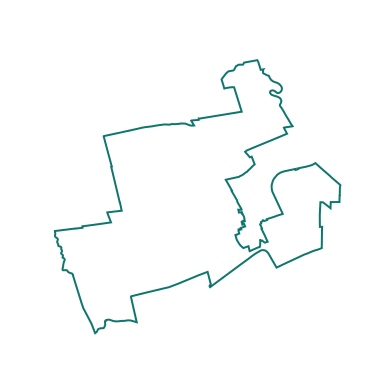 Surdila-Greci, Braila, Romania, rotated 75°
{"feature_id": "2599482B86930693548610", "entity_name": "Surdila-Greci", "entity_type": "district", "adm_level": 2, "iso_a3": "ROU", "parent_name": "Romania", "parent_adm1": "Braila", "projection": "orthographic", "projection_center": [27.256, 45.061], "detail": "fine", "context": "isolated", "style": "outline", "palette": "teal", "viewbox_px": 384, "rotation_deg": 75, "n_neighbors": 0, "source": "geoboundaries", "source_scale": "gbopen_adm2", "svg_char_len": 5901}
<svg xmlns="http://www.w3.org/2000/svg" viewBox="0 0 384 384"><g transform="rotate(75 192 192)"><path d="M303.3,322.1L302.9,321.1L302.3,320.1L301.6,319.4L300.4,318.4L300.0,317.2L300.0,315.6L300.6,312.8L300.4,312.3L300.1,311.9L298.2,310.4L297.5,310.1L296.9,310.0L296.0,309.8L295.0,309.7L294.3,309.4L294.3,308.7L293.6,308.5L293.5,307.9L293.6,306.3L293.8,305.4L294.1,304.6L296.1,301.7L296.6,300.6L297.3,299.0L297.8,296.7L298.5,292.3L298.9,291.1L299.1,290.2L299.1,288.7L299.3,288.1L299.5,286.8L299.8,285.6L300.3,284.5L300.7,283.7L302.0,281.5L303.4,279.3L303.5,279.1L303.1,279.1L297.5,278.9L289.8,278.6L277.4,278.1L277.0,277.7L277.3,263.1L277.8,244.4L278.0,239.0L276.8,227.1L276.6,226.1L274.1,206.8L273.2,197.6L284.6,197.7L285.6,197.6L286.4,198.3L287.0,199.1L287.4,199.4L287.6,199.4L287.9,199.4L288.6,199.2L288.4,198.6L284.5,188.8L275.1,165.0L271.0,154.4L269.3,150.3L268.1,147.2L266.8,142.4L266.4,141.0L266.3,140.3L266.3,139.7L266.4,138.9L266.5,138.5L267.0,137.2L267.5,136.4L268.0,135.9L268.9,135.2L269.4,134.9L270.2,134.5L270.5,134.3L271.0,134.1L271.6,134.0L272.1,133.8L273.0,133.6L282.4,131.1L286.9,129.9L286.8,129.3L284.9,119.1L283.9,113.3L282.7,106.5L281.5,99.8L281.4,98.7L281.3,96.9L281.2,96.3L280.3,89.7L280.2,84.7L280.1,84.3L279.8,81.2L262.8,76.4L259.3,75.3L258.8,77.5L247.5,74.6L235.1,70.6L235.9,68.1L243.5,62.4L237.6,60.6L239.9,52.2L233.5,50.3L233.5,50.0L233.1,50.0L232.8,50.0L232.6,49.9L226.4,48.1L223.7,46.9L218.7,50.3L213.4,53.9L212.8,54.2L212.3,54.5L212.0,54.7L209.6,56.3L206.4,58.5L204.8,59.6L203.2,60.6L201.6,61.7L199.9,62.8L196.7,64.9L196.0,65.3L196.7,67.7L196.9,68.8L197.1,70.8L197.1,72.7L197.1,74.7L196.6,83.8L197.4,83.7L197.5,86.3L196.5,86.2L196.0,95.6L195.9,98.3L196.0,99.7L196.2,101.5L196.3,102.0L197.3,105.0L200.2,109.2L202.1,111.0L205.7,113.1L207.1,113.6L208.3,113.9L211.0,114.3L213.2,114.2L215.3,113.8L236.7,110.0L236.8,110.3L236.7,111.2L236.9,115.6L237.2,119.1L237.6,126.7L238.5,126.7L238.7,129.9L238.4,130.2L237.7,130.7L238.3,131.5L238.6,132.1L238.7,132.8L238.8,133.1L239.9,133.0L240.4,133.5L240.8,134.6L245.4,133.8L245.6,134.4L253.2,132.9L257.1,132.3L259.6,131.8L259.8,134.4L259.7,134.8L259.5,135.0L256.9,137.0L257.2,138.1L255.3,138.6L257.1,138.8L261.0,139.9L262.7,140.9L262.5,141.2L263.1,145.5L264.1,151.6L262.0,151.6L259.0,151.5L259.4,156.9L257.4,158.3L255.4,159.4L253.9,159.9L253.3,160.1L250.3,161.0L247.9,161.2L246.7,161.2L244.8,161.2L244.8,159.8L244.7,159.8L244.4,157.1L241.8,157.2L241.5,156.8L240.3,156.8L240.3,156.7L240.2,156.6L240.1,155.1L240.9,155.0L240.9,154.1L239.4,154.2L239.0,149.6L236.3,150.0L236.6,151.8L234.3,151.8L234.3,151.3L233.5,151.5L233.2,150.2L234.0,150.1L233.8,148.5L232.6,148.6L232.0,148.4L230.0,148.2L228.2,148.4L227.4,148.7L225.9,149.0L225.8,148.9L225.7,149.0L225.7,149.5L225.2,149.5L225.2,149.1L224.3,149.1L224.0,152.0L221.1,151.8L222.0,148.7L221.9,148.6L221.1,148.7L213.4,150.8L211.9,150.6L201.2,153.5L201.1,153.0L194.6,154.7L189.8,156.0L188.9,156.2L189.5,142.6L189.4,142.3L189.1,141.6L188.7,139.1L188.3,138.1L186.7,134.0L186.7,133.5L186.5,133.1L186.0,132.6L183.8,128.5L183.7,128.4L182.8,126.9L181.6,124.5L181.5,124.3L173.3,125.2L173.5,127.1L166.9,130.3L166.0,128.0L164.7,118.3L164.1,113.7L161.4,92.9L160.3,85.1L159.9,85.2L156.1,86.1L153.7,86.6L153.6,86.2L154.5,78.6L154.5,77.8L152.5,78.6L145.2,80.6L143.8,81.1L137.2,82.8L134.1,83.7L132.2,84.5L131.3,84.7L130.5,84.5L130.3,84.3L128.8,82.9L127.2,82.1L125.4,82.3L124.1,82.7L123.4,83.3L122.3,84.6L121.4,85.8L120.3,87.7L119.4,89.0L118.4,90.2L117.5,90.6L116.2,91.0L114.7,90.0L114.6,88.5L114.7,87.7L115.3,86.6L116.9,85.2L118.2,84.2L118.7,83.6L118.8,83.0L118.6,81.3L117.6,79.6L116.1,78.6L115.0,78.3L113.4,78.3L111.3,79.2L109.7,80.3L108.5,81.6L107.8,82.8L106.4,84.8L104.3,86.5L101.9,87.4L99.8,87.6L99.2,88.4L98.8,89.2L98.4,89.7L97.7,90.3L97.1,91.0L96.4,91.8L95.8,92.4L95.7,92.5L95.3,92.5L94.9,92.4L94.2,92.3L93.2,91.9L92.4,91.6L92.2,91.4L92.0,91.2L91.8,94.0L86.3,94.2L83.2,94.4L81.6,94.8L80.5,108.2L80.9,108.5L82.0,109.5L82.2,110.0L82.0,110.5L81.1,114.1L81.8,116.3L81.8,116.8L82.6,117.6L84.9,119.7L85.2,120.4L85.3,120.9L84.9,125.2L85.1,126.1L86.3,128.4L90.8,134.3L91.7,134.3L95.6,134.1L100.4,134.0L100.4,132.4L100.5,131.0L100.7,129.5L100.8,128.1L100.9,127.5L101.1,126.7L101.2,125.9L101.4,125.2L101.7,124.3L102.0,124.3L102.1,124.2L127.3,123.2L125.1,145.3L123.0,166.1L123.1,166.3L122.9,166.5L124.1,166.9L123.4,170.6L122.8,173.9L122.9,174.3L128.3,172.8L128.2,173.3L128.1,173.9L127.6,175.8L127.4,176.2L126.9,177.0L124.4,180.5L124.2,180.8L122.9,185.1L123.0,185.6L122.3,189.8L121.6,192.4L121.4,193.1L121.2,193.9L121.1,195.3L121.2,195.8L121.0,196.4L120.9,197.1L120.5,198.4L120.4,198.5L119.6,201.2L119.1,204.9L118.5,210.1L118.4,211.2L118.3,213.0L117.8,216.7L117.4,219.2L117.0,223.2L117.0,223.6L116.6,233.9L115.8,250.6L115.2,262.6L115.2,262.8L115.3,262.9L143.9,262.9L146.2,262.9L146.7,262.8L146.7,263.5L183.4,264.5L183.5,264.3L191.9,264.8L190.8,272.0L189.8,279.1L191.1,279.1L200.4,278.1L199.1,288.9L196.8,306.8L198.2,307.0L197.3,313.4L197.3,313.5L197.2,313.5L197.0,314.7L194.3,333.9L194.2,334.5L194.6,334.6L195.2,334.7L196.4,334.7L197.1,334.9L198.8,335.7L199.3,335.7L199.7,335.7L200.5,335.3L201.7,334.3L202.3,333.9L203.0,333.8L203.3,333.9L204.0,334.3L204.9,335.0L205.7,335.2L206.7,335.0L207.5,334.9L207.9,334.8L208.1,334.8L208.6,335.0L209.1,335.0L209.4,335.0L209.7,334.9L210.0,334.4L210.6,333.4L211.5,332.6L212.4,332.7L213.1,333.1L213.6,333.1L214.4,332.9L214.7,332.8L215.1,332.8L215.5,332.9L216.1,333.3L216.5,333.7L217.1,334.2L217.7,334.3L218.6,333.7L218.9,333.5L219.4,333.2L220.1,333.1L220.3,333.1L220.6,333.3L221.5,333.9L221.9,334.0L223.1,332.7L223.5,332.5L223.9,332.4L224.2,332.4L224.7,332.6L226.7,334.0L227.8,334.6L228.5,334.9L228.9,335.1L229.6,335.5L230.5,335.7L231.7,336.4L232.6,336.9L233.3,337.1L234.1,337.0L235.1,333.2L237.7,332.0L239.9,328.8L241.3,328.4L241.4,328.6L243.7,328.5L271.4,327.4L272.2,327.3L275.8,327.1L288.7,324.2L293.1,323.2L303.3,322.1Z" fill="none" stroke="#0f766e" stroke-width="2"/></g></svg>